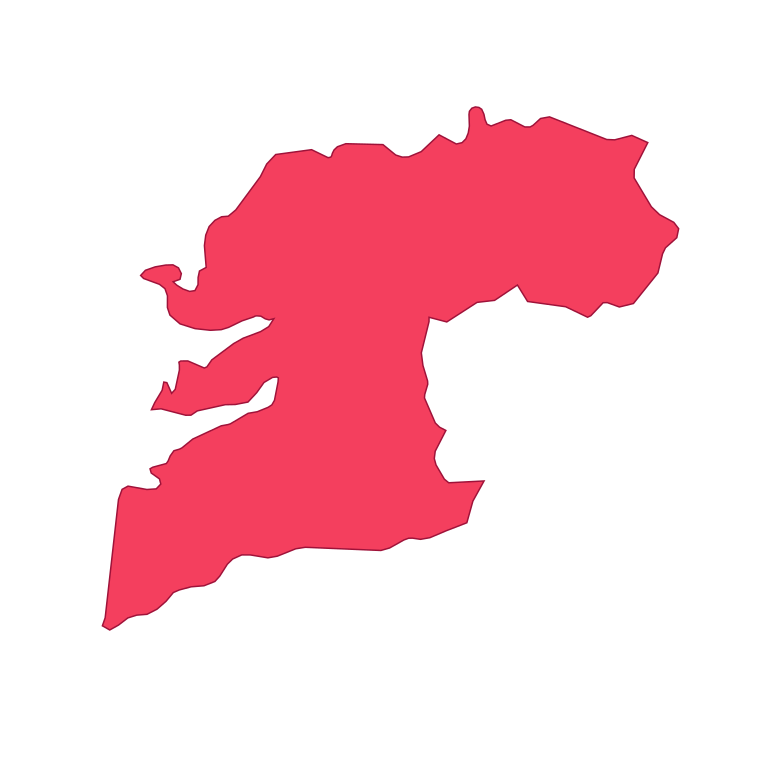 the border of Pontevedra, rotated 11°
{"feature_id": "ESP-5840", "entity_name": "Pontevedra", "entity_type": "Autonomous Community", "adm_level": 1, "iso_a3": "ESP", "parent_name": "Spain", "parent_adm1": "", "projection": "natural_earth1", "projection_center": [-8.552, 42.371], "detail": "fine", "context": "isolated", "style": "filled", "palette": "rose", "viewbox_px": 768, "rotation_deg": 11, "n_neighbors": 0, "source": "natural_earth", "source_scale": "10m", "svg_char_len": 2754}
<svg xmlns="http://www.w3.org/2000/svg" viewBox="0 0 768 768"><g transform="rotate(11 384 384)"><path d="M472.9,516.3L458.4,526.1L449.5,529.5L441.2,529.9L437.6,530.7L433.3,533.3L420.8,543.9L412.7,548.0L337.9,559.3L328.8,562.6L312.1,573.4L303.2,576.8L285.5,577.3L277.0,578.9L268.8,584.7L264.6,590.8L259.4,604.0L255.7,610.1L245.8,616.4L233.3,619.9L222.4,625.2L217.0,628.9L211.5,638.9L204.2,648.3L195.3,655.3L185.3,658.1L177.2,662.5L169.4,671.3L161.7,677.8L153.7,675.1L154.9,666.7L145.4,548.0L147.0,537.4L152.2,533.1L171.4,532.8L180.4,530.4L184.0,524.8L181.7,520.0L172.5,515.8L170.5,511.9L172.9,509.8L185.5,503.6L186.7,501.0L187.9,495.3L190.5,489.6L195.6,487.0L197.8,485.3L206.8,474.5L232.2,456.1L238.6,453.6L240.8,452.4L256.2,438.7L264.9,435.4L274.7,429.0L277.9,425.9L279.6,420.9L279.6,402.2L279.1,398.1L277.3,397.6L273.3,398.8L265.9,405.4L260.7,416.8L253.9,427.7L241.9,432.5L232.1,434.6L205.9,446.0L200.5,451.4L195.3,452.5L169.9,450.9L160.6,453.6L162.5,446.0L167.4,432.5L167.5,424.1L170.6,424.1L177.3,433.7L180.1,429.1L180.5,409.4L179.5,404.4L178.5,401.7L180.1,400.2L187.1,398.8L204.5,402.6L206.9,401.0L210.4,393.1L228.7,373.0L237.0,365.9L252.9,356.1L259.9,349.7L263.4,340.9L259.0,343.0L255.0,342.7L250.2,340.9L246.0,341.4L244.4,342.0L243.3,343.0L232.6,349.1L220.6,358.1L213.9,361.7L203.3,364.4L188.0,365.7L172.3,363.9L160.7,357.2L156.8,350.3L154.6,338.7L150.8,332.2L144.6,329.0L127.9,326.3L124.4,323.9L128.1,317.9L137.0,312.7L147.0,308.9L154.1,307.3L160.1,309.2L164.0,314.3L163.8,320.1L157.5,323.9L161.7,326.5L168.5,329.1L175.5,330.2L180.6,328.4L182.5,322.0L181.2,314.9L181.3,308.3L187.2,303.5L181.3,282.4L180.6,271.9L182.3,262.8L186.8,255.6L192.7,250.8L199.1,249.0L205.3,241.4L223.1,204.0L226.9,190.4L233.9,179.4L268.2,167.8L285.9,172.5L288.4,171.5L289.1,169.9L289.3,167.4L290.3,163.8L293.0,160.0L300.7,155.4L337.3,149.2L351.8,157.0L358.6,157.8L364.8,156.4L376.2,148.8L390.5,128.9L409.2,134.6L414.6,132.2L417.6,127.7L418.8,121.6L418.6,114.6L416.0,103.2L415.8,100.0L417.6,96.5L420.8,94.6L424.4,94.4L427.5,95.7L430.6,100.1L432.8,105.3L435.5,109.3L439.9,110.3L453.1,101.9L458.1,100.4L473.2,104.8L478.4,103.8L481.0,101.6L487.0,93.5L495.5,90.2L556.0,101.5L563.9,100.3L579.8,92.7L596.9,96.7L588.7,125.5L590.2,134.0L612.6,159.0L622.2,165.2L637.6,170.0L643.6,175.3L643.5,184.5L634.3,196.6L632.6,203.1L631.7,222.8L613.5,257.4L600.3,263.5L587.7,261.5L583.6,262.4L574.0,277.5L571.1,279.6L547.6,273.5L509.2,275.6L496.1,261.4L476.6,280.8L459.8,286.1L433.8,311.1L415.5,309.9L416.3,314.2L414.7,346.3L418.7,358.4L426.2,372.7L427.0,375.9L426.0,386.5L426.4,390.0L441.8,412.5L446.8,415.8L453.6,417.8L447.1,440.2L447.6,447.6L450.5,453.5L461.4,465.9L466.4,468.6L500.7,460.1L493.6,482.0L491.8,504.4L472.9,516.3Z" fill="#f43f5e" stroke="#9f1239" stroke-width="1.5"/></g></svg>